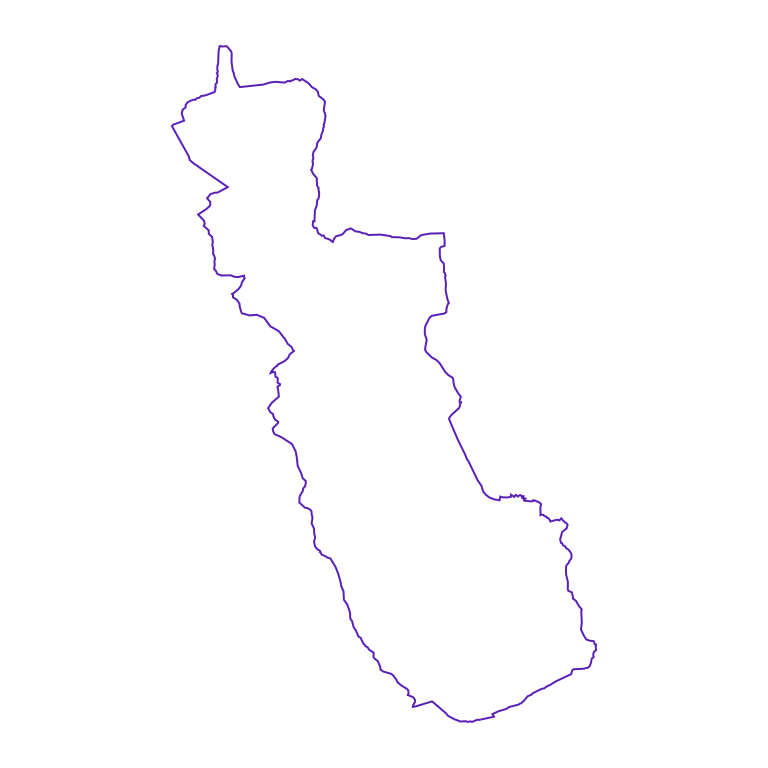 Tomsani, Vâlcea, Romania
{"feature_id": "2599482B78290821602499", "entity_name": "Tomsani", "entity_type": "district", "adm_level": 2, "iso_a3": "ROU", "parent_name": "Romania", "parent_adm1": "Vâlcea", "projection": "equal_earth", "projection_center": [24.055, 45.103], "detail": "fine", "context": "isolated", "style": "outline", "palette": "violet", "viewbox_px": 768, "rotation_deg": 0, "n_neighbors": 0, "source": "geoboundaries", "source_scale": "gbopen_adm2", "svg_char_len": 6077}
<svg xmlns="http://www.w3.org/2000/svg" viewBox="0 0 768 768"><path d="M593.7,657.0L593.4,656.3L593.3,653.7L594.3,651.6L596.1,650.1L595.7,646.8L596.1,644.6L594.8,644.2L593.6,641.1L589.7,640.7L586.4,639.5L583.8,635.6L581.0,629.5L581.8,622.4L581.3,612.4L581.7,609.3L579.2,606.4L575.8,600.7L572.9,598.6L573.1,597.8L571.9,592.4L568.4,590.8L567.8,589.6L567.9,581.8L566.2,575.0L565.9,570.6L566.1,566.7L566.7,564.9L568.6,563.0L569.5,560.8L571.1,558.8L571.5,557.5L571.5,554.5L570.2,551.7L568.4,549.6L566.4,548.4L565.0,546.3L563.0,545.2L562.2,543.3L561.1,543.0L560.1,539.5L562.2,532.0L566.6,528.4L567.6,525.2L567.3,524.1L563.3,520.9L561.3,518.3L559.4,520.4L557.6,519.8L555.9,520.0L550.4,521.5L549.5,519.5L547.8,517.7L547.2,517.8L546.0,516.5L544.6,516.1L543.2,514.8L541.4,514.7L540.5,515.1L540.4,507.1L541.1,504.2L539.9,502.8L534.4,500.3L533.2,500.3L533.3,501.0L531.3,501.4L524.2,500.7L523.8,500.0L525.3,498.6L522.1,497.9L521.9,497.2L523.4,496.7L523.5,496.2L521.8,496.1L520.4,495.1L519.3,495.3L518.1,496.5L515.8,494.9L515.3,495.1L514.3,496.9L511.0,494.7L510.8,496.9L506.7,497.5L501.8,497.2L500.3,496.6L499.5,500.3L494.0,499.3L489.6,497.6L485.6,494.6L483.0,491.2L481.4,485.7L477.7,480.4L468.5,461.3L466.9,459.1L465.4,455.1L457.6,439.2L449.1,419.2L449.4,417.6L452.0,414.3L459.1,408.0L459.8,406.2L459.9,404.2L461.1,402.7L461.0,402.1L460.0,402.2L459.5,401.7L459.7,400.1L460.8,397.1L460.7,396.5L458.2,393.3L454.7,387.3L453.5,382.8L453.3,379.6L452.7,377.8L448.4,375.1L445.4,372.2L439.4,362.8L436.5,360.1L431.7,357.4L426.2,351.9L425.3,350.4L425.1,348.5L426.7,340.0L424.8,333.8L424.9,327.7L425.8,325.0L429.0,318.8L430.2,317.0L431.8,315.8L443.9,313.6L445.6,312.8L446.4,312.0L446.3,309.2L446.7,308.6L446.9,306.8L448.0,303.9L448.9,303.0L447.5,299.5L445.6,290.3L446.0,283.4L445.0,277.0L445.7,275.6L444.7,272.7L443.8,271.8L444.1,268.8L443.7,263.2L442.6,262.5L440.7,260.0L439.9,256.4L439.7,248.5L441.2,246.8L444.5,246.1L444.7,241.5L443.8,233.2L429.8,233.6L422.2,234.9L420.6,235.6L416.7,238.7L413.0,239.1L408.1,238.0L406.3,238.4L398.5,237.2L391.9,237.2L390.5,236.1L380.2,234.6L368.3,235.0L365.9,233.6L362.7,233.2L359.6,231.9L355.2,231.3L351.5,228.7L350.2,228.4L348.8,229.3L346.4,229.8L342.6,234.2L340.4,235.2L336.1,236.2L334.1,238.7L332.8,242.0L329.4,239.4L325.1,238.0L323.5,235.4L322.0,235.8L318.0,232.9L317.0,228.9L316.3,227.9L314.1,227.8L312.7,225.2L313.1,221.2L314.5,221.4L314.9,210.4L316.8,205.2L317.2,200.2L318.5,198.6L319.1,195.5L319.1,192.4L318.4,189.4L318.7,188.2L316.9,185.2L317.1,182.8L316.6,181.0L317.0,178.9L316.7,178.1L313.2,173.9L311.1,169.8L311.8,169.1L313.1,164.1L312.5,162.1L312.8,161.3L312.6,160.0L313.4,158.6L312.8,155.3L313.5,152.0L316.2,148.0L316.9,146.1L317.0,143.7L317.7,142.2L320.8,138.2L321.3,135.0L323.0,130.5L323.2,128.1L324.0,126.7L323.7,124.6L324.5,122.6L325.5,116.0L324.9,113.3L323.9,111.0L323.8,109.7L325.0,101.6L323.2,99.3L318.7,95.8L317.8,91.5L315.6,89.2L312.0,87.2L308.6,83.3L302.1,79.0L299.9,80.6L298.3,79.4L295.1,78.9L293.5,80.0L290.5,80.9L290.4,81.3L287.9,81.0L284.5,82.6L275.6,81.8L270.1,82.5L263.0,84.6L239.8,87.1L237.6,83.4L234.5,76.6L233.7,73.0L232.7,70.5L231.5,61.5L231.7,53.8L231.2,51.4L226.8,46.2L222.7,46.5L219.7,46.1L218.6,51.1L218.1,64.1L217.4,65.7L217.3,69.5L217.8,71.9L216.9,73.1L217.6,74.6L217.7,76.4L216.8,78.5L217.0,82.5L215.5,84.3L215.7,86.9L215.2,87.2L215.4,89.1L214.6,92.0L205.7,95.3L200.7,96.2L199.7,97.6L196.9,98.3L195.3,99.8L193.5,99.7L191.4,100.4L187.5,102.3L185.6,105.1L185.6,107.4L182.5,109.8L182.3,111.7L181.8,112.8L181.8,113.9L184.1,120.7L173.2,124.7L171.9,126.1L188.9,156.5L189.7,159.9L192.9,162.9L227.8,187.1L217.3,192.7L214.8,192.7L210.5,194.1L207.1,198.3L210.2,201.8L210.3,204.6L209.6,206.2L206.3,209.1L198.1,214.5L204.0,220.7L204.7,223.4L204.7,224.1L203.7,225.9L208.8,230.4L208.8,233.8L212.1,237.0L212.9,242.2L212.3,244.2L213.3,250.8L213.0,254.0L213.8,254.8L215.0,258.4L214.4,261.8L214.7,264.6L214.1,269.1L215.5,270.3L217.4,274.0L221.4,275.5L230.6,275.3L234.4,276.8L238.1,277.1L244.0,275.7L243.9,276.8L244.7,278.2L241.9,282.3L241.4,284.7L240.5,286.4L238.8,288.8L233.7,293.1L232.1,293.9L233.0,295.2L233.0,297.4L236.9,299.8L239.5,303.7L239.6,305.9L241.1,311.7L242.0,313.3L249.6,315.4L256.8,314.8L264.2,317.9L270.3,326.3L278.8,331.2L285.4,339.6L287.6,343.7L291.4,346.9L293.2,350.4L293.9,351.0L289.7,354.4L288.3,357.5L286.9,359.2L283.6,361.7L278.1,364.3L277.2,365.9L276.4,366.1L273.9,368.3L271.3,371.6L270.7,373.0L273.3,371.9L275.1,372.4L275.5,376.7L277.4,377.8L277.8,378.8L277.6,382.7L280.0,384.1L279.9,385.2L278.0,386.2L277.4,387.1L278.0,388.9L278.9,396.6L271.6,403.0L268.1,408.2L270.4,412.3L273.1,414.1L273.3,416.2L275.1,419.7L278.2,421.7L278.0,423.1L272.7,428.4L273.2,431.5L274.6,434.1L281.6,437.3L292.0,444.1L295.6,451.2L296.8,457.5L297.7,466.0L301.1,472.9L302.6,478.1L305.7,481.0L305.8,482.9L305.1,486.2L303.1,488.5L302.8,491.0L299.8,496.0L299.5,497.4L299.4,502.6L304.9,507.6L308.0,508.3L310.4,509.8L311.6,511.7L311.6,514.0L312.5,517.9L311.6,523.4L314.1,528.8L314.1,533.0L315.1,537.2L314.1,541.9L315.0,546.3L317.4,549.3L319.8,550.7L320.3,551.6L320.0,552.1L320.6,552.4L321.6,554.6L325.8,556.4L326.9,557.4L330.3,558.4L335.6,567.1L338.3,574.0L340.5,581.7L341.4,586.6L343.5,591.2L343.9,599.8L346.9,604.0L347.9,606.2L350.1,613.0L350.1,617.0L350.7,619.5L352.0,620.9L353.7,627.3L356.0,630.8L358.5,636.6L360.6,637.8L363.1,643.0L365.9,646.5L367.5,647.2L369.3,649.8L373.7,652.7L373.4,657.0L374.9,658.9L377.8,661.1L380.4,667.2L380.4,669.6L383.4,671.6L391.2,673.8L393.3,675.6L394.7,677.5L396.2,679.4L397.5,682.2L401.2,685.4L406.8,688.8L408.3,690.4L408.5,693.5L407.8,695.0L413.5,697.4L414.8,699.6L415.1,701.8L413.4,704.7L412.9,706.8L415.3,706.5L432.1,701.4L445.9,713.2L448.0,715.8L454.6,719.3L460.5,721.5L465.8,721.2L467.5,721.9L470.4,721.4L472.1,721.9L477.1,719.8L479.1,719.9L494.0,716.7L492.4,714.1L498.4,711.3L506.1,709.0L509.2,707.0L518.9,704.5L520.0,703.5L520.9,703.4L523.9,700.8L527.6,696.3L531.3,694.8L532.7,693.3L541.5,688.9L544.2,688.4L546.3,686.7L550.0,685.0L555.8,681.4L571.1,674.2L572.2,670.5L573.3,669.3L583.7,668.7L588.1,667.6L589.7,666.1L591.0,662.7L591.7,658.7L593.7,657.0Z" fill="none" stroke="#5b21b6" stroke-width="2"/></svg>